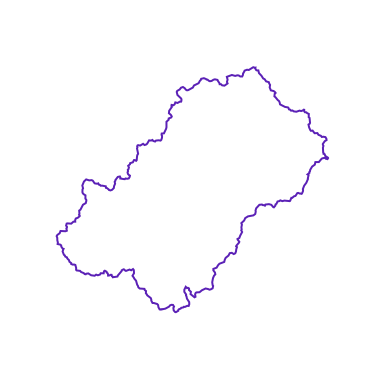 outline of Valle d'Aosta, Aoste, Italy, rotated 326°
{"feature_id": "23120603B46910528128522", "entity_name": "Valle d'Aosta", "entity_type": "district", "adm_level": 2, "iso_a3": "ITA", "parent_name": "Italy", "parent_adm1": "Aoste", "projection": "orthographic", "projection_center": [7.355, 45.727], "detail": "fine", "context": "isolated", "style": "outline", "palette": "violet", "viewbox_px": 384, "rotation_deg": 326, "n_neighbors": 0, "source": "geoboundaries", "source_scale": "gbopen_adm2", "svg_char_len": 6049}
<svg xmlns="http://www.w3.org/2000/svg" viewBox="0 0 384 384"><g transform="rotate(326 192 192)"><path d="M314.1,124.4L313.3,124.1L313.0,123.2L312.5,122.8L307.3,122.6L306.0,121.4L303.5,120.8L301.5,122.0L300.7,122.2L299.6,123.5L298.2,124.3L296.6,123.2L295.9,121.5L294.8,120.6L292.7,119.9L290.5,117.3L285.3,116.0L284.3,118.8L282.5,120.3L282.2,121.9L278.4,122.0L276.6,120.4L276.3,118.8L275.2,118.1L275.6,117.2L275.6,114.6L275.8,113.3L274.0,111.4L272.5,110.9L270.4,110.9L268.8,110.2L268.1,109.1L267.7,107.5L266.9,106.9L266.8,106.2L265.5,104.3L262.9,103.3L261.8,104.1L260.8,104.2L258.3,105.5L253.2,104.8L251.1,105.9L245.8,105.4L244.7,104.9L244.1,103.7L244.0,101.8L243.2,99.9L241.2,99.4L239.1,100.1L236.3,99.9L235.3,100.5L234.2,103.4L235.3,108.5L235.0,109.4L234.1,110.6L233.4,111.0L232.5,110.3L229.8,110.1L228.3,108.4L226.6,109.6L225.1,109.7L223.8,108.4L223.0,109.2L222.9,110.2L218.5,111.9L216.9,113.8L217.6,116.1L217.5,118.0L216.5,118.6L213.8,118.0L213.1,119.0L210.1,119.5L207.0,124.1L205.9,125.1L201.5,127.7L199.6,126.6L198.7,127.6L198.6,128.7L197.4,130.3L195.7,131.6L194.7,131.8L193.3,130.5L190.9,129.2L189.6,129.5L188.4,128.0L188.3,126.7L186.9,126.5L185.3,125.2L181.8,126.9L180.4,127.0L178.9,126.5L178.4,124.7L175.0,124.5L173.6,123.1L173.0,122.9L172.1,123.4L171.7,124.5L170.8,125.1L168.7,130.2L167.3,130.8L166.4,131.7L163.9,134.7L163.1,134.9L162.4,133.5L161.7,133.1L159.6,134.3L156.8,133.5L156.1,134.3L153.7,134.6L153.5,136.3L152.0,137.6L151.2,137.7L150.6,139.0L149.6,139.6L149.0,141.2L149.2,142.6L149.7,143.7L148.8,144.6L147.2,145.4L145.7,144.8L144.4,143.6L143.5,143.8L142.6,143.1L140.1,140.7L140.7,140.1L140.9,138.8L138.9,138.0L135.1,139.3L134.8,139.8L133.6,140.3L132.9,142.1L130.6,143.6L129.4,145.0L126.9,145.5L125.3,145.1L124.3,143.9L124.4,143.4L123.6,141.0L123.0,140.4L123.7,139.1L121.3,136.7L119.8,135.7L119.7,134.8L119.0,134.0L119.1,132.4L118.1,132.2L116.3,130.6L116.1,130.0L116.1,127.2L115.5,126.1L113.3,124.9L111.3,122.4L108.3,122.9L104.7,125.3L103.7,128.1L102.7,128.6L101.1,130.8L100.8,131.6L100.9,133.1L101.8,135.2L99.9,137.9L100.0,139.3L99.5,140.2L97.7,141.8L94.5,141.6L89.6,144.3L88.1,144.3L86.5,147.1L85.6,147.7L85.7,148.8L85.4,149.2L83.0,149.5L80.8,149.0L79.4,150.0L78.6,151.3L77.1,150.3L74.2,150.7L71.1,148.3L70.4,148.1L68.8,149.5L68.9,150.9L68.3,151.7L67.5,151.9L66.6,154.1L65.2,153.8L61.2,150.8L59.2,152.2L56.4,152.3L55.1,152.9L54.7,154.6L53.3,156.8L52.6,158.8L51.5,160.0L53.3,161.9L53.7,163.1L53.1,164.2L53.1,166.7L53.7,167.3L51.5,168.9L50.7,172.4L51.1,173.5L50.8,174.6L51.8,176.4L51.5,176.9L51.5,177.8L51.9,179.6L51.4,181.3L52.1,183.4L51.6,184.2L52.6,185.6L53.6,186.1L54.5,187.2L53.5,190.2L52.4,191.7L52.5,192.5L55.1,194.8L55.3,196.3L56.9,198.7L57.1,200.0L57.9,200.8L58.6,200.6L60.5,201.5L61.8,204.6L64.5,207.0L66.3,206.9L67.4,208.4L69.6,209.0L70.8,208.3L73.3,210.0L74.7,208.5L75.7,208.5L76.6,210.3L76.2,211.0L76.6,212.3L76.4,213.1L75.7,214.4L76.9,215.0L78.2,215.1L79.0,215.7L78.5,217.0L78.9,217.7L78.7,218.4L82.9,220.4L84.0,219.7L89.4,218.2L90.0,217.6L92.0,217.8L92.4,218.2L92.8,220.1L93.2,220.5L96.9,221.4L97.8,222.9L100.0,222.9L100.1,224.2L98.5,226.9L95.8,228.2L95.9,230.5L95.7,231.4L96.0,234.3L94.7,238.2L94.7,239.5L94.2,241.1L94.7,242.8L98.4,245.7L98.0,246.9L98.5,248.4L97.1,250.2L97.3,251.6L97.1,252.6L98.5,256.8L98.2,258.2L97.5,259.3L97.2,261.9L98.3,262.7L100.5,265.4L100.7,266.7L99.7,268.9L99.5,271.2L99.7,271.3L101.9,272.5L101.7,272.6L104.7,273.8L108.9,274.2L110.5,273.7L112.0,274.1L113.1,275.0L113.0,277.0L111.7,277.7L110.6,280.0L110.9,282.1L111.4,282.6L114.1,282.8L114.4,282.3L115.4,281.9L117.5,282.3L118.3,282.0L120.2,282.8L121.1,282.6L121.8,283.3L124.4,283.7L125.5,284.6L127.0,283.5L128.1,281.7L128.2,277.5L129.1,275.4L129.1,274.5L129.8,273.7L129.8,270.5L131.0,268.7L133.8,267.1L134.1,268.9L135.0,269.1L135.5,269.9L135.5,270.5L134.7,271.6L135.3,274.1L133.7,275.8L135.2,280.7L136.3,280.8L137.4,278.5L138.7,277.7L139.5,277.7L142.2,279.3L145.3,279.0L149.3,279.6L151.2,281.6L151.8,282.7L153.1,283.2L155.2,283.4L157.0,281.7L157.0,280.8L158.3,278.1L161.3,275.1L163.5,273.7L165.3,273.3L166.0,271.6L165.9,268.9L166.7,267.7L170.1,268.5L172.6,267.3L174.6,266.8L179.6,268.0L181.4,266.4L183.1,265.4L186.7,265.1L189.1,263.8L191.0,264.7L191.9,266.8L193.6,267.0L195.1,266.0L196.8,264.1L198.5,262.8L198.2,261.7L198.8,261.3L202.8,260.2L203.4,259.7L203.2,257.0L203.4,256.4L205.5,256.6L207.6,255.1L211.2,253.2L211.4,251.3L212.2,250.9L213.2,248.9L215.1,247.0L215.5,245.4L219.3,244.8L221.5,243.4L224.8,243.5L229.8,245.7L232.1,245.6L233.8,244.0L234.3,242.9L236.1,241.4L240.7,240.3L243.0,241.5L243.3,242.4L244.3,243.1L244.8,244.1L245.9,243.5L249.0,245.1L250.6,247.0L250.9,249.9L251.3,250.5L253.5,249.9L254.3,249.0L255.5,249.0L257.6,247.7L259.4,248.4L260.5,248.3L261.8,250.1L263.8,250.8L267.9,254.2L268.4,254.2L271.1,252.4L271.7,252.9L274.1,252.6L275.6,253.1L278.7,251.8L279.6,252.2L280.4,253.5L281.0,253.8L281.6,254.7L282.2,254.8L284.3,253.5L285.2,252.5L285.5,251.6L288.5,249.5L291.9,248.3L295.5,246.0L295.6,245.5L298.1,243.2L297.6,242.0L300.1,241.8L300.4,241.1L301.5,240.7L302.4,239.7L305.8,238.1L309.1,238.0L311.0,236.2L313.9,238.1L318.1,236.9L318.9,237.0L321.4,238.0L321.5,239.2L322.7,240.5L323.8,240.0L323.9,239.6L322.7,236.7L323.1,234.7L322.4,233.9L322.9,233.2L322.8,232.7L325.3,228.5L326.8,227.2L326.9,226.0L327.4,225.3L330.5,224.1L332.6,224.2L333.2,223.0L333.3,221.1L331.8,219.6L330.4,219.0L330.3,217.5L328.8,215.3L328.9,213.3L326.5,211.8L326.3,208.5L324.8,207.8L324.7,206.8L325.2,204.0L326.3,201.2L327.8,201.2L328.5,200.7L330.9,196.3L330.6,195.2L332.5,192.6L331.5,190.9L331.4,190.0L330.2,189.0L330.2,187.8L331.0,186.6L330.6,186.2L329.4,186.4L327.7,185.9L326.7,184.7L323.4,183.8L321.4,182.0L320.9,180.6L319.6,180.0L319.4,178.6L318.6,177.7L319.0,176.1L318.9,175.6L316.7,173.5L314.0,168.6L314.8,166.6L315.0,165.3L314.5,163.7L314.2,160.1L313.8,158.8L315.5,156.8L316.7,156.6L316.6,155.2L316.1,153.9L314.2,151.8L314.9,148.7L316.6,146.9L316.7,145.1L317.1,143.9L315.3,141.7L315.3,139.1L314.5,137.7L314.6,134.4L314.0,130.9L315.0,128.3L313.9,127.6L313.4,126.9L313.5,125.1L314.1,124.4Z" fill="none" stroke="#5b21b6" stroke-width="2"/></g></svg>